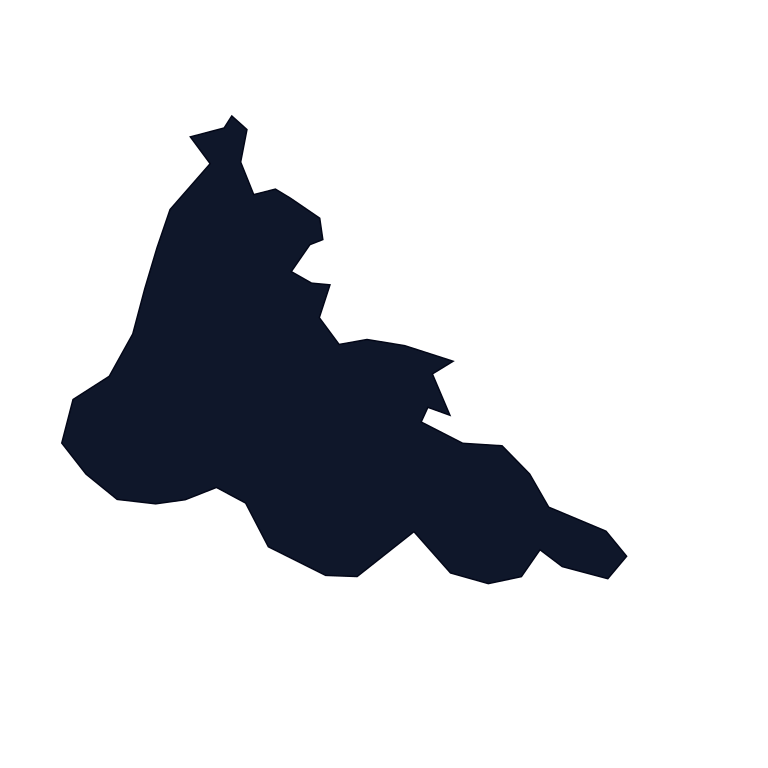 the district of Turakurgan, Namangan, Uzbekistan, rotated 110°
{"feature_id": "79887680B29549243080653", "entity_name": "Turakurgan", "entity_type": "district", "adm_level": 2, "iso_a3": "UZB", "parent_name": "Uzbekistan", "parent_adm1": "Namangan", "projection": "natural_earth1", "projection_center": [71.419, 40.997], "detail": "fine", "context": "isolated", "style": "filled", "palette": "ink", "viewbox_px": 768, "rotation_deg": 110, "n_neighbors": 0, "source": "geoboundaries", "source_scale": "gbopen_adm2", "svg_char_len": 818}
<svg xmlns="http://www.w3.org/2000/svg" viewBox="0 0 768 768"><g transform="rotate(110 384 384)"><path d="M549.7,666.6L570.6,633.2L583.7,595.3L574.7,557.6L560.7,531.2L538.5,506.1L543.2,473.3L576.5,437.0L583.8,373.4L574.1,343.4L512.5,305.4L538.8,256.9L535.9,217.7L518.0,189.0L486.4,180.7L494.6,154.1L490.4,107.1L462.9,97.1L446.4,125.0L443.4,187.1L418.8,216.3L401.7,251.9L412.8,289.8L407.0,336.1L390.9,334.8L390.8,311.4L358.0,342.0L339.0,326.9L340.9,377.7L348.0,415.2L362.2,439.7L343.8,467.5L309.3,468.7L314.0,486.6L310.1,509.6L278.4,501.3L269.2,490.9L250.2,501.1L241.4,535.5L238.0,552.7L250.6,571.2L224.5,594.6L191.8,599.8L184.2,618.7L198.1,621.8L218.0,650.5L236.4,622.7L293.2,644.7L333.6,643.9L376.1,641.4L422.9,637.2L470.7,644.8L504.9,670.9L549.7,666.6Z" fill="#0f172a" stroke="#020617" stroke-width="1.5"/></g></svg>